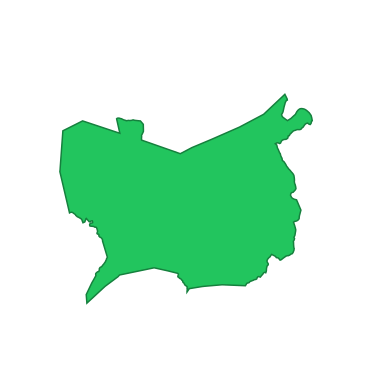 Santiago Textitlán, Oaxaca, Mexico (Equal Earth projection), rotated 158°
{"feature_id": "50627088B13437276838139", "entity_name": "Santiago Textitlán", "entity_type": "district", "adm_level": 2, "iso_a3": "MEX", "parent_name": "Mexico", "parent_adm1": "Oaxaca", "projection": "equal_earth", "projection_center": [-97.325, 16.718], "detail": "fine", "context": "isolated", "style": "filled", "palette": "green", "viewbox_px": 384, "rotation_deg": 158, "n_neighbors": 0, "source": "geoboundaries", "source_scale": "gbopen_adm2", "svg_char_len": 5324}
<svg xmlns="http://www.w3.org/2000/svg" viewBox="0 0 384 384"><g transform="rotate(158 192 192)"><path d="M266.8,298.9L288.8,297.1L304.9,264.3L305.8,262.4L306.9,260.3L313.4,218.5L312.6,218.6L311.3,218.4L310.8,218.1L310.3,217.6L309.7,216.5L309.2,215.8L308.6,214.8L308.5,213.8L308.0,212.9L307.6,212.0L306.6,211.0L306.1,210.3L305.5,209.6L305.2,209.1L304.7,208.4L304.5,207.2L304.6,206.1L304.6,205.0L304.6,204.3L302.6,204.4L300.9,206.2L300.5,206.9L299.9,207.1L298.4,202.8L297.8,202.6L297.0,202.8L296.5,202.9L296.0,202.8L295.6,202.8L295.3,202.7L295.3,201.6L295.6,200.8L296.0,200.7L297.5,201.0L298.2,200.9L298.5,200.7L298.9,200.5L299.1,200.2L299.3,199.7L299.3,199.1L299.4,198.8L298.9,198.4L298.0,197.9L297.4,197.6L296.4,197.1L295.6,196.3L295.4,195.9L294.6,195.5L294.1,195.2L293.9,194.7L293.9,194.4L293.9,193.6L293.9,193.4L294.1,192.2L294.1,191.5L294.2,191.0L294.4,190.7L294.8,190.3L295.2,189.8L295.6,189.3L295.5,188.6L295.1,188.2L294.5,188.0L294.3,187.6L294.4,186.9L294.7,186.5L294.8,186.0L294.6,185.3L294.2,184.5L293.6,184.0L293.4,183.5L293.1,182.9L293.0,182.2L292.9,181.8L292.9,181.3L293.0,180.7L293.3,180.2L294.9,163.2L296.2,162.2L296.8,161.3L298.0,160.3L298.8,159.5L299.7,159.0L300.9,158.2L302.0,157.7L302.8,157.2L303.6,156.7L304.3,156.5L305.1,156.6L305.8,156.3L306.6,155.7L307.0,154.9L307.2,154.3L308.0,153.5L308.2,153.2L309.2,153.4L310.4,153.1L310.7,153.0L311.1,152.8L311.8,152.4L312.1,151.9L312.4,150.9L312.5,150.4L316.6,147.1L319.0,145.2L328.5,136.5L331.1,128.3L307.9,137.1L292.3,141.2L290.3,142.2L255.5,135.9L243.9,127.9L235.8,122.0L235.6,121.8L235.3,121.0L235.9,120.3L236.4,119.5L236.8,118.9L236.9,118.7L236.5,118.4L236.3,118.1L236.3,117.7L236.2,117.6L236.0,117.1L235.8,116.7L235.7,116.4L235.3,116.2L235.1,115.8L234.8,115.4L234.7,115.1L234.5,114.1L234.1,113.6L233.9,113.2L234.1,112.7L234.2,112.3L234.2,112.1L234.1,111.4L233.9,111.3L233.7,111.0L233.6,110.5L233.6,109.9L233.6,109.6L233.4,109.3L233.4,108.5L233.2,107.9L232.6,107.2L232.2,106.5L232.0,105.7L232.6,104.8L232.7,104.3L232.5,104.1L232.8,103.6L233.0,103.4L233.1,103.0L233.8,101.9L234.1,101.1L230.7,103.4L217.8,100.5L217.5,100.4L215.7,99.9L198.8,94.7L177.6,85.1L175.5,86.7L174.5,86.8L174.0,86.7L173.5,86.6L173.0,86.6L172.7,86.8L171.9,87.2L171.1,87.3L170.2,87.2L169.7,87.3L169.4,87.2L168.6,87.2L167.8,87.2L167.2,87.4L166.3,87.2L165.6,87.0L164.5,87.2L163.7,88.1L162.8,88.7L162.1,88.7L161.1,88.0L160.5,87.5L159.5,88.1L158.4,88.7L157.4,89.1L156.7,89.6L156.1,90.1L155.2,90.3L154.5,90.2L153.9,89.5L153.1,90.3L152.4,91.4L152.0,92.3L151.5,93.3L150.8,94.3L150.3,95.1L149.5,95.5L149.1,95.7L148.7,95.9L148.3,96.5L148.2,97.3L148.4,98.0L148.5,99.0L148.3,100.1L147.0,101.4L145.7,102.1L144.7,102.5L143.8,102.7L142.9,103.5L141.5,104.3L140.5,103.1L139.2,101.7L138.6,100.6L138.4,99.6L137.8,99.2L136.9,98.7L136.4,97.8L136.2,96.8L135.9,95.9L135.2,95.7L133.5,96.1L131.9,96.6L130.5,96.9L129.0,97.3L127.6,97.3L126.7,96.9L125.1,96.9L123.3,97.4L123.1,97.4L122.6,97.2L122.2,97.3L121.6,97.6L121.2,97.9L120.8,98.2L119.3,99.8L118.8,100.7L118.4,101.4L118.4,102.3L118.2,103.0L117.9,103.9L117.6,104.9L117.2,106.0L116.8,107.0L116.7,107.8L116.4,108.4L116.0,108.6L115.4,109.1L114.4,110.3L114.5,111.7L112.8,113.3L111.5,115.4L111.1,116.1L110.5,117.0L109.9,118.3L109.6,120.5L109.4,122.5L109.3,124.3L109.2,126.0L107.6,126.3L107.1,126.1L106.4,126.0L105.5,126.0L104.1,126.3L103.2,126.7L102.5,127.4L101.9,128.7L101.1,130.0L97.8,134.4L98.0,145.6L99.1,146.4L100.0,147.1L101.1,148.4L101.7,149.6L101.9,152.1L100.8,153.7L99.6,154.1L98.3,153.9L97.3,154.4L96.5,154.7L95.4,155.3L94.4,156.1L93.9,157.9L93.9,158.1L93.6,159.9L93.6,160.9L93.6,161.6L93.2,163.4L92.6,164.5L92.0,166.3L91.6,167.9L91.3,169.3L91.5,170.9L92.0,172.5L92.4,173.5L92.8,175.0L93.2,176.0L93.8,177.4L94.1,179.0L94.6,180.4L94.7,182.3L95.0,183.9L95.4,185.7L96.4,187.4L95.9,189.6L96.1,191.2L96.1,192.6L95.8,194.4L96.1,195.8L96.1,198.9L96.3,200.7L96.1,201.9L95.8,203.8L96.7,205.5L94.8,205.8L93.5,205.1L92.6,204.1L91.6,204.2L90.1,205.6L88.9,206.2L87.0,206.2L85.9,205.9L85.1,205.6L84.3,205.8L83.3,205.9L82.5,206.8L81.7,208.0L80.6,207.8L79.5,208.9L78.4,209.2L77.6,209.7L76.4,210.1L75.0,210.7L73.2,210.5L71.4,210.5L70.4,210.2L69.2,209.6L68.3,209.4L67.4,209.4L66.0,210.2L64.7,210.5L62.8,211.8L62.1,212.2L61.2,212.6L60.4,212.7L59.0,212.6L58.0,210.9L57.1,210.3L55.9,211.0L54.6,212.8L53.8,213.0L53.2,215.8L52.9,218.2L53.1,219.4L53.7,221.8L54.1,222.5L54.6,223.6L55.3,224.9L56.0,225.9L56.8,226.8L57.9,227.6L58.9,228.2L59.7,228.5L60.7,228.7L61.4,228.6L62.2,228.4L62.9,228.2L64.0,227.6L64.7,227.2L65.3,226.7L67.1,225.2L69.7,224.3L72.5,223.2L76.7,222.4L77.7,223.9L78.6,225.4L79.8,227.4L80.1,228.6L79.9,230.3L78.2,231.6L77.2,232.8L75.9,234.7L74.9,236.2L74.0,237.4L73.2,238.4L72.1,239.9L70.7,241.1L70.0,241.6L69.2,241.5L68.9,242.5L69.3,247.8L96.5,237.2L106.3,236.2L123.6,234.4L153.9,233.5L175.5,233.2L188.5,231.9L219.3,259.0L218.9,260.2L218.5,261.1L218.0,262.0L217.9,262.5L217.7,263.1L217.5,263.4L217.2,263.8L216.4,264.4L214.4,266.3L213.8,267.7L211.8,273.0L213.2,277.2L218.6,280.1L219.0,280.6L220.0,281.0L220.8,281.0L221.7,281.2L222.4,281.4L223.1,281.6L223.8,282.1L225.0,282.4L226.3,282.7L226.7,283.3L227.3,283.6L227.8,284.1L228.5,284.7L228.8,285.0L229.2,285.5L229.9,286.3L230.6,286.8L231.3,287.3L232.0,287.9L232.9,288.2L233.6,288.4L234.5,288.1L236.9,273.5L239.9,276.0L257.5,291.0L260.1,293.2L266.8,298.9Z" fill="#22c55e" stroke="#15803d" stroke-width="1.5"/></g></svg>